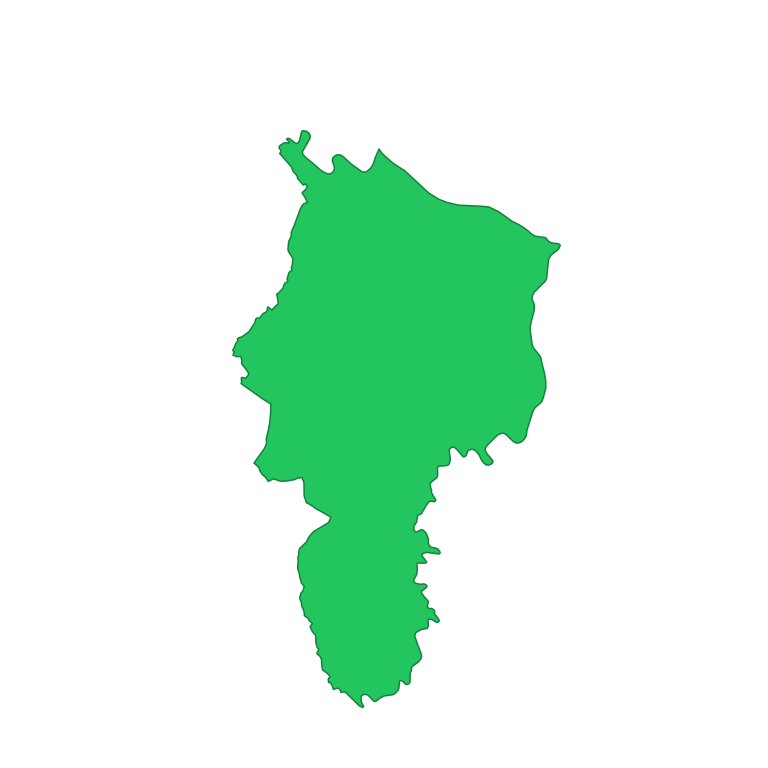 the district of Dong Ha, Quảng Trị, Vietnam, rotated 323°
{"feature_id": "81297802B80628180194499", "entity_name": "Dong Ha", "entity_type": "district", "adm_level": 2, "iso_a3": "VNM", "parent_name": "Vietnam", "parent_adm1": "Quảng Trị", "projection": "robinson", "projection_center": [107.071, 16.803], "detail": "fine", "context": "isolated", "style": "filled", "palette": "green", "viewbox_px": 768, "rotation_deg": 323, "n_neighbors": 0, "source": "geoboundaries", "source_scale": "gbopen_adm2", "svg_char_len": 6171}
<svg xmlns="http://www.w3.org/2000/svg" viewBox="0 0 768 768"><g transform="rotate(323 384 384)"><path d="M164.0,604.4L167.0,605.9L167.8,607.6L170.6,626.1L172.4,629.6L173.7,629.2L174.5,624.5L177.4,620.0L178.8,619.5L180.4,619.5L182.1,620.6L183.8,622.4L184.4,625.7L184.7,629.7L185.2,631.6L186.4,632.4L187.9,632.6L191.7,632.4L196.5,633.3L204.2,637.5L206.4,637.9L211.2,637.0L212.7,636.0L217.3,630.9L218.3,630.7L219.5,631.4L220.2,633.0L220.2,635.5L220.8,637.2L222.2,638.2L224.3,638.2L225.7,637.4L230.0,631.8L231.9,630.1L233.8,629.1L235.1,627.4L236.3,626.5L243.7,626.7L247.4,626.0L249.7,624.6L251.1,622.6L253.7,613.6L256.8,604.0L259.0,601.9L260.5,601.8L266.0,602.5L271.5,605.2L272.8,604.6L274.2,603.5L276.9,599.3L277.8,598.9L279.7,599.8L280.9,601.7L282.1,605.3L283.3,606.7L285.1,606.7L285.8,606.1L286.2,603.4L286.2,597.6L286.6,596.9L287.2,596.8L287.8,595.9L287.9,594.9L287.4,592.8L286.9,591.8L285.6,591.2L284.7,589.9L284.4,588.2L285.7,586.8L288.1,585.1L288.6,584.2L288.1,578.2L288.1,575.1L288.4,573.0L289.3,572.1L295.5,572.0L296.7,571.2L296.9,570.6L296.5,569.0L295.4,567.6L292.5,565.8L289.6,562.6L288.9,560.6L289.0,559.7L289.7,558.5L295.5,555.8L298.5,552.7L300.5,550.0L301.4,548.0L302.4,547.5L303.9,547.8L307.8,550.9L309.9,552.2L310.4,552.2L310.9,551.8L311.0,550.7L310.9,543.7L311.7,543.0L313.9,543.0L316.5,544.0L325.7,552.9L326.9,552.9L327.6,552.0L327.8,548.8L326.9,546.7L323.7,543.0L323.1,541.6L323.0,539.8L323.7,537.7L325.7,535.1L327.1,531.7L327.8,528.8L327.8,526.6L327.4,524.6L326.7,523.2L326.0,522.7L321.1,522.0L320.3,521.2L319.9,520.2L320.5,517.8L321.5,516.4L322.7,515.5L327.2,513.7L331.5,509.4L332.7,509.3L334.2,509.9L335.9,510.1L345.5,506.1L349.0,505.1L350.7,505.7L353.4,508.3L355.0,508.4L355.6,507.5L356.5,499.3L358.0,497.6L359.6,493.0L360.6,491.7L361.7,491.0L365.1,490.7L369.4,490.7L371.2,489.9L373.0,487.8L376.1,483.3L377.2,482.6L379.2,483.0L382.2,485.3L384.6,486.6L386.6,487.3L388.0,487.1L390.3,485.4L392.5,482.8L395.2,477.7L396.7,475.6L397.8,475.3L400.0,475.3L401.2,475.9L402.2,477.4L402.8,480.9L403.3,488.8L403.8,490.3L405.2,490.7L407.1,490.3L410.6,487.9L412.3,487.9L415.0,489.1L416.4,490.8L417.2,493.9L417.2,497.5L416.1,503.5L416.1,507.0L416.9,510.1L418.7,511.8L421.1,512.4L423.4,512.3L424.4,511.4L424.8,509.7L424.3,502.4L424.6,499.4L425.4,497.1L427.0,496.0L429.4,495.1L444.2,493.1L446.9,493.7L449.1,494.6L450.3,495.9L451.2,498.4L452.0,504.3L453.0,508.6L454.1,510.8L455.5,511.8L457.6,512.7L460.5,512.8L463.2,512.4L466.4,510.9L470.6,506.8L484.6,496.8L488.4,494.5L490.8,493.8L497.1,493.4L500.0,492.7L502.7,491.0L510.3,485.1L514.8,479.3L518.6,472.1L523.2,461.1L525.2,457.2L525.4,455.2L525.1,445.9L525.7,442.6L526.5,440.8L532.6,430.0L535.7,425.9L540.1,422.0L548.8,415.2L552.0,410.6L553.0,406.1L554.4,404.0L556.8,402.1L559.1,401.1L575.1,398.9L577.8,397.1L589.5,384.5L591.8,382.8L594.9,381.7L598.0,381.4L602.7,381.5L605.8,380.8L608.2,379.3L608.1,377.8L607.5,376.8L603.2,372.6L601.4,369.9L601.0,364.2L594.0,357.2L593.1,355.5L592.0,352.6L591.5,349.6L590.0,344.2L587.8,338.3L584.2,331.1L579.4,315.7L574.4,305.9L569.6,301.4L551.0,285.9L543.5,276.8L539.0,269.6L534.7,258.5L528.7,225.0L527.6,222.9L524.0,212.7L521.8,202.2L521.2,198.2L521.4,193.5L513.3,197.9L508.7,201.2L506.4,202.5L503.7,203.5L498.7,203.9L497.1,203.7L495.5,202.7L494.1,201.1L490.2,188.7L488.3,178.3L487.5,175.6L485.5,173.4L483.6,172.4L479.5,172.4L478.1,173.5L476.9,175.0L475.3,180.0L473.9,182.3L472.1,183.5L470.0,184.0L467.8,184.0L465.5,182.3L463.9,179.5L462.1,175.0L460.4,166.6L457.7,155.3L457.5,152.0L457.8,150.8L458.6,149.4L472.5,143.4L473.9,142.1L474.9,140.3L474.9,138.0L474.3,135.7L471.8,133.0L470.9,132.7L470.0,132.9L464.0,138.0L461.8,139.3L459.8,139.6L459.0,139.3L458.2,138.4L456.2,131.0L454.8,129.8L453.6,129.8L453.8,133.6L453.5,134.3L452.4,134.0L451.7,132.9L448.8,131.1L443.9,131.0L442.7,131.7L442.2,132.8L442.1,135.7L440.8,136.9L439.4,137.0L440.7,154.7L439.4,159.5L439.3,161.0L439.8,163.4L439.6,166.1L439.5,166.8L438.7,167.5L439.0,174.7L439.3,176.4L439.6,176.8L441.5,176.8L441.8,179.0L441.5,180.1L439.0,181.3L437.6,181.7L434.0,181.8L433.6,182.4L433.1,188.2L432.2,192.8L428.4,191.8L425.6,192.3L422.0,194.1L408.8,202.7L402.7,206.1L400.9,207.5L399.0,210.0L393.9,212.7L391.0,215.6L388.6,218.4L387.5,220.2L386.8,228.4L386.3,229.5L385.6,230.5L381.4,234.5L379.9,235.4L379.4,237.3L378.6,237.6L375.9,237.6L374.9,238.0L369.9,241.6L369.2,243.8L367.1,244.1L365.5,243.8L362.6,245.3L361.9,246.2L360.6,246.9L356.4,247.4L354.6,248.0L353.1,247.6L352.0,248.0L351.6,249.4L348.5,255.4L347.3,256.2L339.9,257.3L338.8,257.2L338.4,254.7L337.6,252.6L334.4,255.1L333.3,255.5L332.1,255.5L329.8,254.9L324.2,256.5L322.3,254.9L321.3,254.8L319.7,255.6L317.7,257.3L307.5,261.0L298.7,260.8L296.8,260.0L294.3,259.5L293.5,261.3L289.3,262.8L286.5,264.7L283.7,265.9L283.4,266.4L283.7,268.2L282.7,268.6L280.8,270.2L282.9,273.6L286.2,275.9L284.6,279.7L282.4,282.2L282.6,287.9L282.4,293.9L280.5,295.5L279.3,295.5L277.3,296.2L276.4,295.7L274.8,293.4L274.0,293.2L272.9,294.2L271.9,296.4L270.1,297.7L278.3,323.4L281.5,331.8L276.4,338.4L269.8,345.8L264.9,350.3L256.9,357.0L254.9,360.1L253.2,361.7L248.9,363.8L232.6,368.9L233.7,374.5L233.7,376.0L233.4,377.2L232.7,378.1L232.3,382.7L233.3,387.5L233.0,391.6L233.4,392.3L238.6,393.2L242.5,398.8L244.3,400.5L248.7,403.3L254.9,406.5L258.5,407.2L262.2,409.4L260.9,414.3L252.9,425.3L250.5,432.3L251.3,433.0L253.6,439.3L254.6,442.8L256.3,446.3L261.4,458.4L256.4,461.3L239.0,459.5L235.7,460.0L231.7,461.1L226.8,463.5L217.6,464.6L215.5,466.2L213.3,468.9L211.0,470.5L208.4,474.4L205.8,477.1L203.5,480.4L202.6,483.8L200.4,487.7L198.6,492.5L198.3,493.3L198.5,496.7L198.2,497.7L195.0,500.3L191.8,501.1L188.9,503.2L187.5,505.0L186.5,508.9L184.6,511.9L184.2,514.5L183.0,518.1L181.1,520.9L181.3,522.4L182.3,524.7L181.9,527.8L182.6,532.1L182.4,532.4L179.4,533.0L179.1,533.3L178.4,534.9L177.9,538.3L177.8,540.6L178.2,542.8L177.3,545.0L174.1,549.2L173.3,550.9L173.0,552.5L172.0,554.1L172.3,556.4L171.5,557.3L169.1,558.0L168.1,559.5L168.8,561.7L168.9,563.4L168.3,566.3L164.3,572.4L162.9,575.6L164.4,580.3L164.8,583.2L164.7,585.5L162.6,585.7L161.9,586.1L160.2,589.0L161.1,590.0L161.4,592.8L159.8,597.4L164.0,599.1L164.6,599.9L164.8,602.5L164.0,604.4Z" fill="#22c55e" stroke="#15803d" stroke-width="1.5"/></g></svg>